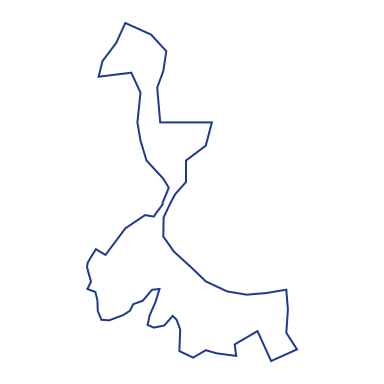 Pera Chorio, Nicosia, Cyprus (Equal Earth projection)
{"feature_id": "46923920B47441185050524", "entity_name": "Pera Chorio", "entity_type": "district", "adm_level": 2, "iso_a3": "CYP", "parent_name": "Cyprus", "parent_adm1": "Nicosia", "projection": "equal_earth", "projection_center": [33.375, 35.031], "detail": "fine", "context": "isolated", "style": "outline", "palette": "blue", "viewbox_px": 384, "rotation_deg": 0, "n_neighbors": 0, "source": "geoboundaries", "source_scale": "gbopen_adm2", "svg_char_len": 1090}
<svg xmlns="http://www.w3.org/2000/svg" viewBox="0 0 384 384"><path d="M297.0,349.4L286.3,332.8L287.9,309.6L286.3,289.7L266.6,293.0L246.8,294.7L227.1,291.4L205.8,281.4L192.1,268.2L173.9,251.6L163.3,236.5L163.6,217.5L170.4,203.1L175.1,194.3L186.0,182.0L186.0,160.5L205.8,145.6L211.9,122.4L186.0,122.4L160.2,122.4L157.2,87.6L163.3,71.1L166.3,51.2L151.1,34.6L125.3,23.0L116.2,42.9L102.5,61.1L98.6,76.7L131.3,72.7L140.5,92.6L137.4,122.4L140.5,140.6L146.5,160.5L163.3,178.7L168.7,187.6L168.7,187.9L165.7,195.3L162.5,203.0L162.7,204.2L162.3,204.7L160.2,207.8L157.0,211.8L153.8,216.6L145.0,215.1L125.3,228.4L105.5,254.9L95.9,249.2L91.4,256.4L87.8,262.5L87.0,266.8L88.6,273.3L91.0,281.6L87.4,289.0L95.4,292.0L97.4,300.3L97.8,311.1L101.4,319.8L109.3,320.3L123.3,315.0L130.0,310.7L133.2,304.2L142.8,300.7L152.0,289.8L159.5,289.0L155.5,302.0L149.6,315.5L147.6,325.0L153.9,327.6L164.3,325.5L172.7,315.9L176.6,319.8L180.2,329.4L179.8,339.4L179.4,351.1L193.2,357.6L205.8,350.2L216.5,353.3L236.2,355.9L234.7,344.4L257.5,331.1L271.1,361.0L297.0,349.4Z" fill="none" stroke="#1e3a8a" stroke-width="2"/></svg>